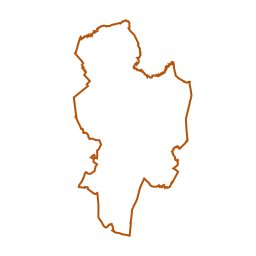 Berkelland, Gelderland, Netherlands, rotated 96°
{"feature_id": "6326949B96669019426650", "entity_name": "Berkelland", "entity_type": "district", "adm_level": 2, "iso_a3": "NLD", "parent_name": "Netherlands", "parent_adm1": "Gelderland", "projection": "equal_earth", "projection_center": [6.555, 52.102], "detail": "fine", "context": "isolated", "style": "outline", "palette": "amber", "viewbox_px": 256, "rotation_deg": 96, "n_neighbors": 0, "source": "geoboundaries", "source_scale": "gbopen_adm2", "svg_char_len": 5526}
<svg xmlns="http://www.w3.org/2000/svg" viewBox="0 0 256 256"><g transform="rotate(96 128 128)"><path d="M166.3,73.6L164.4,76.5L163.5,78.7L160.2,75.2L158.1,74.5L157.7,74.3L157.7,74.1L157.7,74.6L156.8,75.3L155.8,75.0L155.4,75.1L154.9,74.9L154.5,75.2L155.3,75.7L155.2,76.3L154.9,76.8L154.9,77.1L154.4,77.5L154.4,77.8L153.6,78.1L152.4,78.0L149.8,80.4L148.7,80.9L148.3,81.0L148.3,80.9L147.9,81.1L146.8,81.9L145.0,80.4L143.9,80.8L143.6,80.5L142.8,79.7L142.5,79.6L142.5,79.3L141.2,77.4L141.6,77.4L141.3,77.0L141.4,76.2L141.6,76.3L142.1,75.8L142.0,75.7L143.2,75.0L143.3,74.5L138.8,70.9L137.2,69.4L136.1,69.0L135.7,69.0L135.7,68.7L134.9,68.0L134.3,68.0L134.6,67.8L133.9,67.5L124.5,69.5L113.0,71.4L98.1,69.4L94.7,69.1L93.5,68.8L90.8,68.5L90.7,68.4L88.6,68.3L82.9,69.8L77.8,71.4L76.2,71.4L75.7,71.3L75.6,72.2L76.2,73.1L76.3,73.7L76.8,74.2L76.9,74.4L76.7,75.0L76.4,75.5L76.3,76.5L75.9,76.8L76.1,77.1L75.7,77.3L75.3,78.4L74.7,79.5L74.7,80.0L74.4,80.4L73.0,83.4L72.4,84.1L71.5,85.1L70.6,86.3L68.9,86.5L67.8,87.1L63.7,88.4L63.6,88.6L63.1,88.8L62.8,88.7L61.9,88.7L61.5,88.9L60.6,88.9L60.2,89.5L59.2,89.4L58.6,89.8L58.1,89.7L57.9,90.1L57.3,90.2L58.5,90.6L57.7,90.9L57.9,91.4L58.0,91.4L58.1,91.1L58.5,91.2L58.8,91.6L59.6,91.6L59.4,92.1L59.5,92.2L60.1,91.9L60.3,92.0L60.4,92.3L59.9,92.5L60.4,92.8L60.5,93.3L60.4,93.8L60.9,93.5L61.1,93.9L61.4,94.2L61.6,94.1L61.5,93.5L62.0,93.6L62.4,94.1L62.4,94.4L62.8,94.4L62.9,95.3L62.6,95.8L62.9,95.8L63.3,96.0L62.8,96.3L63.3,96.9L63.5,96.9L63.6,96.3L63.8,96.3L64.0,96.3L64.1,96.8L64.4,96.9L65.1,96.7L64.9,96.3L64.2,96.1L64.4,95.8L64.7,95.9L65.2,96.0L65.2,96.3L66.2,96.4L66.2,96.6L66.0,96.9L66.6,97.2L66.9,96.8L67.5,97.1L69.1,97.4L69.3,97.9L69.3,98.5L69.9,98.8L69.1,99.2L69.6,99.8L70.1,100.1L70.1,100.4L70.6,100.5L70.4,100.7L70.6,101.3L71.0,101.5L71.2,101.2L71.4,101.2L72.4,102.0L72.5,102.4L72.9,102.7L72.9,102.9L72.4,103.2L73.1,103.3L73.4,103.5L73.4,103.8L73.1,104.3L73.0,104.9L72.2,105.2L72.8,106.2L73.2,106.5L73.1,108.5L73.2,109.0L74.2,109.5L75.1,109.5L75.4,110.2L75.5,111.2L75.0,112.0L74.4,112.5L74.3,113.1L74.0,113.7L74.9,114.0L74.7,114.1L75.0,114.2L74.2,114.6L73.8,114.6L73.5,114.9L73.3,115.8L73.0,116.4L72.7,117.2L72.1,117.1L70.9,118.5L70.9,119.1L70.6,119.7L69.8,119.7L69.8,120.2L69.2,120.6L69.6,121.0L68.9,121.4L69.5,122.0L69.8,122.3L69.3,123.4L69.5,124.7L68.9,125.0L69.0,125.1L68.7,125.6L68.3,125.7L67.9,126.9L67.6,127.0L67.7,128.1L67.8,128.1L67.4,128.6L67.1,128.5L66.5,128.8L65.6,128.2L64.2,127.7L63.8,127.5L64.2,127.3L63.8,126.8L64.3,126.1L62.5,125.9L63.0,125.3L62.7,124.7L61.0,124.3L60.4,124.2L58.3,125.2L58.1,125.0L57.3,126.1L56.5,124.1L53.6,123.1L53.0,123.6L52.0,123.9L51.8,123.9L51.6,123.6L50.1,124.2L47.5,124.5L46.9,125.4L45.1,126.4L44.4,126.8L43.1,126.3L34.8,131.5L34.4,131.9L34.2,132.4L32.0,135.0L31.9,135.3L28.7,137.9L28.3,137.3L27.7,137.0L23.9,137.6L23.7,137.5L22.5,138.1L21.9,138.7L22.2,139.4L21.1,141.2L21.8,142.4L21.7,142.5L21.8,142.6L22.5,143.5L22.5,144.7L23.7,145.3L24.7,146.4L24.3,146.6L27.2,154.9L28.6,157.1L28.9,160.7L29.1,160.7L28.7,161.6L28.7,162.5L29.7,165.4L30.2,166.3L30.5,166.2L31.6,167.6L32.1,167.8L32.2,168.2L31.9,168.4L32.9,169.2L34.6,168.4L36.0,170.4L34.9,171.0L35.3,172.2L36.9,171.6L37.7,173.2L40.2,173.6L39.0,175.0L40.8,175.6L40.5,176.3L41.5,177.9L40.0,177.7L40.1,177.8L41.8,181.2L42.2,181.0L44.5,183.6L43.2,184.0L43.4,184.5L42.7,184.7L43.6,185.2L58.3,187.8L58.3,188.0L59.3,188.5L65.8,181.5L66.7,180.6L66.8,180.7L68.3,179.3L70.3,180.5L72.2,178.6L73.0,179.8L74.2,178.6L74.1,178.4L74.9,177.6L74.6,177.3L75.2,176.7L75.9,177.1L76.8,175.6L79.9,177.1L85.3,170.8L89.0,173.6L90.4,172.2L103.3,185.1L121.3,180.8L121.8,181.4L122.8,181.2L122.7,180.4L124.3,180.1L131.8,175.5L132.9,174.9L133.7,174.7L133.8,174.4L133.9,173.6L133.7,173.4L134.2,173.0L134.1,172.8L137.3,171.9L137.1,171.5L136.9,171.4L137.2,171.0L137.5,171.0L137.1,169.4L137.5,168.6L138.0,168.2L138.8,167.1L140.2,166.6L140.4,166.3L141.3,166.4L141.7,165.9L142.9,165.2L142.2,162.4L143.4,158.8L143.2,155.2L147.3,153.0L148.9,153.7L152.3,154.9L153.5,156.2L153.8,156.4L158.0,155.7L161.5,155.8L160.6,158.4L158.7,158.3L158.3,158.7L158.5,159.0L158.3,159.2L159.9,160.9L161.0,161.2L161.2,161.6L162.6,158.6L165.2,158.9L167.4,155.0L169.9,156.3L170.7,156.3L172.9,156.7L174.6,156.8L175.2,157.9L175.5,158.2L176.1,159.0L177.0,159.6L177.5,160.8L177.6,163.2L176.3,164.9L176.3,165.3L178.6,166.4L179.2,166.3L181.2,166.8L182.0,167.1L182.7,167.4L184.0,167.6L186.3,168.5L189.5,170.4L191.8,170.7L192.0,164.8L191.1,164.6L191.2,164.2L191.1,162.4L191.5,161.7L192.8,161.7L196.2,155.9L196.5,155.8L197.1,153.5L196.9,152.8L196.3,152.6L195.8,151.7L196.6,151.5L207.2,149.4L220.0,148.1L225.1,143.8L227.2,142.6L229.2,140.3L229.3,140.0L228.8,138.5L226.0,136.5L225.7,135.7L225.4,135.2L225.8,135.0L225.4,134.3L226.0,134.2L226.6,133.3L227.9,133.0L228.8,132.3L230.6,132.2L231.6,133.0L231.8,132.7L231.9,132.1L232.4,131.4L231.9,131.3L232.5,130.6L233.2,129.6L233.4,126.1L233.6,125.1L233.8,124.2L234.1,123.5L234.3,122.2L234.4,119.4L234.9,115.1L222.4,115.2L222.4,115.6L221.4,115.6L217.2,115.3L208.6,115.4L207.2,114.7L205.8,114.4L200.8,112.5L197.6,111.5L185.7,109.7L176.6,106.6L179.9,102.3L180.4,101.4L182.7,99.7L183.4,98.3L183.7,97.1L183.3,93.0L181.9,91.4L182.7,91.3L183.4,90.2L182.9,90.0L182.9,89.6L182.5,89.5L182.8,88.7L183.0,88.4L182.9,88.3L182.9,88.2L183.2,88.0L182.5,87.5L181.5,87.4L181.3,86.9L181.6,87.1L181.9,87.0L181.9,86.7L182.0,86.3L182.7,85.7L183.6,85.3L183.4,85.1L183.3,84.3L183.0,84.2L183.5,83.3L183.1,83.1L182.9,83.4L182.7,83.2L183.1,81.8L181.9,80.0L178.1,79.0L178.4,78.8L177.9,78.3L166.3,73.6Z" fill="none" stroke="#b45309" stroke-width="2"/></g></svg>